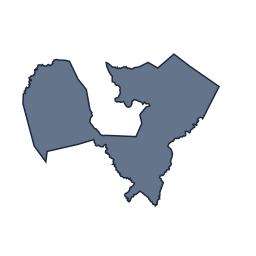 San Juan Cieneguilla, Oaxaca, Mexico (orthographic projection), rotated 168°
{"feature_id": "50627088B28176003338085", "entity_name": "San Juan Cieneguilla", "entity_type": "district", "adm_level": 2, "iso_a3": "MEX", "parent_name": "Mexico", "parent_adm1": "Oaxaca", "projection": "orthographic", "projection_center": [-98.27, 17.875], "detail": "fine", "context": "isolated", "style": "filled", "palette": "slate", "viewbox_px": 256, "rotation_deg": 168, "n_neighbors": 0, "source": "geoboundaries", "source_scale": "gbopen_adm2", "svg_char_len": 5876}
<svg xmlns="http://www.w3.org/2000/svg" viewBox="0 0 256 256"><g transform="rotate(168 128 128)"><path d="M135.8,196.5L135.9,191.9L135.4,190.0L135.1,187.7L133.9,183.9L132.7,181.9L133.8,176.6L132.2,175.7L131.2,174.4L131.3,173.1L130.2,172.1L129.3,172.1L128.6,171.3L127.7,170.5L127.4,168.3L128.1,166.9L128.0,164.5L128.4,164.2L128.4,163.5L128.9,162.7L130.3,161.3L131.2,159.9L132.8,159.7L134.4,159.7L134.8,158.1L134.8,157.1L133.6,155.8L132.0,155.7L131.5,155.9L130.0,154.7L127.4,154.8L126.8,154.5L125.2,149.9L124.1,148.6L122.7,148.2L121.5,148.4L120.6,149.0L119.9,149.7L118.9,151.3L118.8,153.2L117.1,153.7L115.9,154.6L110.6,151.1L109.2,150.5L108.5,148.1L106.5,149.9L105.2,147.9L103.3,147.7L102.4,146.9L102.1,145.0L105.8,144.8L112.3,139.7L113.6,138.4L113.5,129.7L122.0,117.9L152.0,125.6L153.5,125.6L156.3,127.2L157.4,130.3L159.5,133.8L160.7,134.2L164.2,141.9L162.2,146.2L160.3,147.3L160.5,148.9L160.9,149.7L160.1,150.6L161.4,153.4L160.8,174.3L166.7,186.0L171.4,205.4L175.4,207.3L180.6,208.6L183.9,209.9L185.2,209.7L186.0,209.9L186.9,209.2L187.1,208.6L187.5,208.6L188.1,208.0L188.3,207.5L188.0,206.8L188.1,206.6L188.4,206.6L189.2,206.1L189.9,205.9L190.9,205.1L191.4,205.2L191.4,205.5L191.9,205.8L192.3,206.6L193.5,206.5L193.9,206.1L194.4,206.0L194.9,205.5L196.4,205.7L196.9,205.9L197.1,206.3L197.8,206.6L198.7,207.9L199.5,207.1L199.8,207.1L199.8,207.6L201.3,208.0L201.5,208.2L202.7,208.2L203.0,208.0L203.9,206.0L205.3,205.4L205.9,204.9L205.7,204.5L204.8,204.6L204.7,204.3L205.0,203.8L205.6,203.8L206.2,204.2L207.0,204.4L207.2,204.2L207.2,202.2L207.7,201.2L208.1,200.1L208.4,199.8L209.3,199.6L209.7,198.9L210.9,199.1L212.1,198.9L213.9,197.6L214.4,197.5L214.1,195.8L213.9,196.1L213.3,195.9L212.8,195.3L212.6,194.7L212.8,194.4L213.2,194.4L213.5,195.2L214.1,195.3L215.1,194.1L215.2,193.2L215.0,192.5L214.5,191.5L216.0,191.2L215.6,188.9L215.9,188.7L216.9,188.6L217.3,188.3L217.7,188.1L218.1,188.3L218.8,189.0L219.1,188.9L219.4,188.1L220.2,187.3L220.3,187.0L219.9,186.4L219.9,186.1L220.2,185.9L221.7,185.6L221.1,183.3L221.2,183.2L222.1,183.8L222.3,183.8L223.4,182.8L225.7,173.7L223.5,129.9L215.4,112.0L212.0,121.9L180.6,122.4L164.0,123.7L163.7,123.0L163.8,121.6L164.0,121.1L163.8,120.5L163.1,119.6L163.0,119.0L163.5,118.0L162.7,117.1L161.9,117.0L160.4,117.2L160.0,117.0L159.7,116.4L158.6,115.4L157.9,115.3L156.8,114.8L156.1,114.9L155.0,116.1L153.3,116.6L153.1,116.3L152.9,115.2L153.8,114.1L153.5,113.0L152.5,112.5L152.4,112.0L152.9,111.8L153.3,110.8L153.5,110.6L154.4,110.6L154.9,109.6L155.0,108.7L154.9,108.4L154.2,107.8L153.4,108.2L153.1,107.8L153.1,106.6L152.3,106.1L151.7,105.3L152.1,103.6L151.9,103.0L150.8,102.4L150.4,101.7L149.7,101.3L148.7,100.4L148.5,99.6L148.7,99.2L149.2,99.0L149.6,98.5L149.6,97.8L149.1,97.0L149.2,96.3L150.5,95.6L148.3,94.9L148.4,94.3L149.1,93.6L149.1,93.3L149.1,93.1L148.1,92.2L148.0,90.5L148.5,89.7L148.1,89.5L147.5,88.4L146.7,87.6L146.6,87.4L146.9,87.0L146.9,86.7L146.2,86.4L145.9,85.3L145.3,85.2L145.1,85.0L145.2,84.7L145.7,84.2L145.1,82.4L144.7,82.3L143.2,81.2L142.8,80.5L142.2,80.0L140.3,79.9L139.9,78.8L139.6,78.9L138.9,79.4L138.7,79.3L138.2,78.9L137.8,77.8L137.5,77.8L136.4,78.2L136.7,77.3L136.7,76.8L135.7,75.7L135.7,74.9L135.5,74.5L134.9,73.9L133.4,73.2L133.2,72.8L133.6,72.1L135.3,70.4L136.9,69.7L138.2,69.4L138.6,68.8L138.6,68.4L139.7,66.7L141.1,65.4L142.8,64.6L143.9,64.5L144.4,64.2L144.9,63.6L145.3,62.5L144.6,61.4L144.2,61.1L144.2,59.7L143.0,59.8L142.4,59.2L143.5,58.1L143.7,57.7L143.6,57.4L142.8,57.2L143.0,56.2L142.7,56.0L142.3,56.5L141.7,55.7L140.4,57.2L140.4,57.8L138.9,59.5L138.5,59.7L136.9,59.7L135.9,61.7L134.4,61.2L133.6,61.5L132.2,62.4L131.2,62.7L130.8,63.0L130.5,63.4L129.2,63.6L127.0,61.2L125.7,59.1L124.6,58.3L123.3,56.5L122.3,55.6L122.5,55.1L122.3,54.8L122.3,54.0L121.6,52.9L121.4,51.9L121.0,51.2L120.4,51.0L119.7,50.0L119.5,49.2L119.6,48.6L118.4,47.6L118.0,47.5L117.5,46.8L117.5,46.1L116.3,47.0L115.4,47.2L115.2,47.5L115.2,47.8L115.4,48.0L115.6,48.8L115.4,49.2L114.9,49.2L114.5,49.6L114.3,51.0L114.0,51.4L112.8,52.0L111.7,52.1L111.6,52.8L112.0,53.3L112.1,53.8L112.0,54.9L111.9,55.0L111.3,54.6L110.7,56.2L110.1,59.0L109.6,59.3L109.3,60.5L108.4,61.4L107.5,63.1L106.9,63.7L106.5,65.0L105.5,66.0L104.9,67.2L105.0,67.8L105.5,68.0L105.8,69.4L106.6,70.5L106.2,71.2L106.6,71.9L107.2,72.2L107.4,73.2L107.1,73.5L106.9,74.1L105.6,74.5L105.3,74.9L104.5,74.5L103.9,74.3L102.9,74.8L102.1,75.7L101.6,76.8L100.9,77.0L100.3,76.9L99.3,77.8L98.9,78.8L97.1,79.0L96.7,78.6L96.2,79.0L95.9,79.6L95.9,79.8L96.4,80.3L96.5,80.7L96.2,81.2L95.5,81.4L94.1,82.4L93.3,83.4L93.2,84.8L93.5,86.3L93.0,86.8L92.2,89.1L91.1,90.2L89.8,93.7L90.1,97.4L90.9,99.2L91.4,99.9L92.4,100.8L92.7,101.6L92.4,102.6L91.3,104.2L88.6,105.5L86.3,105.7L85.7,106.3L85.3,107.2L83.9,108.1L83.1,108.0L82.6,107.6L82.0,107.5L81.4,107.8L80.8,107.3L80.5,107.3L80.1,107.4L79.5,108.1L78.6,108.4L77.1,108.3L76.4,108.0L75.5,108.8L74.1,108.3L73.7,108.5L73.3,108.7L72.9,109.5L72.6,112.8L71.0,112.5L69.7,111.4L69.3,110.7L68.9,110.5L68.4,110.7L68.0,111.0L67.5,112.7L67.2,113.2L66.3,113.2L65.5,113.7L64.9,113.8L64.2,114.6L62.7,114.9L62.4,115.1L62.5,115.6L63.8,117.4L63.8,117.7L63.5,118.1L63.2,117.9L62.7,117.9L61.8,117.6L60.6,116.4L60.0,116.5L59.9,116.9L60.1,117.6L59.5,119.5L59.3,119.7L58.9,119.1L58.7,119.1L57.6,120.1L57.5,120.6L57.8,120.6L58.2,121.9L57.3,122.7L56.9,123.0L56.2,123.2L54.6,123.3L54.0,123.0L53.2,122.2L53.0,121.6L30.3,149.6L54.5,175.3L67.7,190.7L86.4,180.5L94.8,188.0L104.5,185.4L109.4,185.7L111.7,184.8L112.6,185.2L112.9,185.5L113.1,185.4L113.5,185.5L113.8,185.9L114.5,186.0L115.0,186.4L115.6,186.6L115.8,186.4L116.5,187.3L117.1,187.4L117.0,187.5L117.1,188.2L117.5,188.1L118.1,188.3L119.0,188.7L121.6,188.2L122.0,188.2L122.5,187.8L123.2,188.1L123.6,188.1L124.1,188.5L124.6,188.1L125.6,188.3L125.9,188.7L126.0,189.4L126.4,188.9L126.9,189.0L127.4,189.3L128.1,190.3L128.8,190.2L129.8,190.7L130.4,190.7L134.1,195.5L135.8,196.5Z" fill="#64748b" stroke="#1e293b" stroke-width="1.5"/></g></svg>